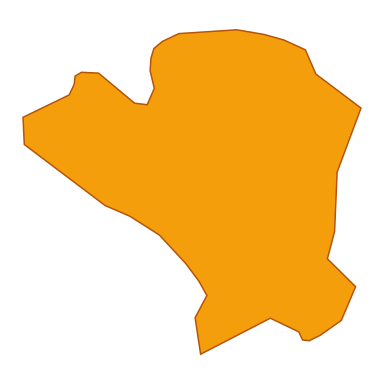 the Municipality of Škocjan
{"feature_id": "SVN-989", "entity_name": "Škocjan", "entity_type": "Municipality", "adm_level": 1, "iso_a3": "SVN", "parent_name": "Slovenia", "parent_adm1": "", "projection": "equal_earth", "projection_center": [15.306, 45.911], "detail": "fine", "context": "isolated", "style": "filled", "palette": "amber", "viewbox_px": 384, "rotation_deg": 0, "n_neighbors": 0, "source": "natural_earth", "source_scale": "10m", "svg_char_len": 589}
<svg xmlns="http://www.w3.org/2000/svg" viewBox="0 0 384 384"><path d="M200.6,354.2L195.1,317.7L206.9,295.5L198.9,281.2L185.5,263.2L159.3,235.0L130.0,216.3L105.2,205.6L24.3,144.5L23.0,117.3L69.2,94.9L74.2,84.3L75.1,76.1L81.4,72.3L98.5,73.1L134.6,103.2L147.2,104.7L154.3,88.4L150.1,70.7L151.0,58.0L153.9,48.5L162.4,41.4L178.8,33.6L236.7,29.8L263.9,34.4L284.1,40.1L305.4,49.9L315.9,74.1L361.0,108.1L337.1,172.2L334.6,231.4L327.4,258.8L355.6,286.7L341.3,320.4L320.3,335.2L309.3,340.7L302.6,340.0L298.8,331.9L270.3,318.2L200.6,354.2Z" fill="#f59e0b" stroke="#b45309" stroke-width="1.5"/></svg>